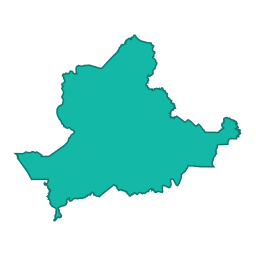 outline of Colimes, Guayas, Ecuador
{"feature_id": "8360857B84939424323345", "entity_name": "Colimes", "entity_type": "district", "adm_level": 2, "iso_a3": "ECU", "parent_name": "Ecuador", "parent_adm1": "Guayas", "projection": "albers", "projection_center": [-80.099, -1.522], "detail": "fine", "context": "isolated", "style": "filled", "palette": "teal", "viewbox_px": 256, "rotation_deg": 0, "n_neighbors": 0, "source": "geoboundaries", "source_scale": "gbopen_adm2", "svg_char_len": 5795}
<svg xmlns="http://www.w3.org/2000/svg" viewBox="0 0 256 256"><path d="M100.7,68.5L89.5,65.2L84.2,65.5L82.0,66.4L78.3,65.5L76.5,67.0L76.1,68.5L76.3,72.7L76.9,73.7L73.8,73.6L73.1,72.9L72.5,71.6L70.7,71.0L69.9,71.7L69.2,73.3L67.7,73.7L65.9,73.1L65.3,74.2L63.4,74.0L62.5,75.2L62.5,75.9L63.6,76.6L63.8,78.4L64.9,81.0L63.7,83.0L62.2,83.6L61.9,84.5L62.1,85.7L63.3,86.2L61.8,88.3L63.6,91.9L63.5,93.4L61.9,96.7L62.0,97.6L63.5,99.5L63.4,100.5L62.4,104.5L59.3,106.1L58.0,107.5L57.1,109.5L57.0,112.6L57.5,115.2L59.5,119.4L60.7,120.4L62.1,124.0L62.8,123.9L63.4,124.7L64.0,126.6L64.8,126.6L65.5,127.4L67.5,128.3L68.9,127.6L69.6,127.7L71.3,129.6L73.1,130.1L74.4,132.2L74.4,132.9L71.3,135.1L70.2,137.2L69.2,137.8L68.4,139.7L68.5,140.8L67.7,142.0L64.6,145.3L49.1,156.4L41.5,156.5L41.8,155.4L41.2,155.5L40.9,154.6L38.0,152.6L36.5,152.0L35.7,152.6L34.5,152.4L32.7,151.6L29.7,152.8L25.7,152.0L24.7,152.9L22.8,153.7L15.4,153.6L17.5,155.4L17.4,155.8L17.8,156.1L17.4,156.3L17.6,157.0L18.1,157.4L17.6,158.1L27.4,171.7L31.6,179.4L48.2,179.4L48.2,181.5L47.3,183.4L46.8,183.8L46.0,183.8L44.7,182.7L44.2,183.8L44.8,184.9L47.0,185.3L47.9,186.4L47.8,187.9L48.8,188.5L48.8,189.3L49.8,189.3L50.0,189.7L49.7,190.1L50.5,190.5L50.2,191.6L49.4,191.5L49.4,192.9L48.8,193.2L49.2,193.4L49.1,193.9L48.7,193.9L49.1,195.1L48.4,196.1L48.1,196.0L47.7,196.6L47.5,196.2L47.3,196.5L47.9,196.8L48.7,198.1L48.4,199.2L49.2,199.1L49.6,199.8L50.5,202.3L50.1,202.6L50.1,203.7L50.5,203.8L50.8,204.8L51.7,205.2L51.9,206.2L55.7,208.1L56.4,209.9L56.0,211.5L56.3,212.2L56.0,213.5L55.6,215.1L55.0,215.6L55.3,218.3L53.9,220.2L54.4,220.8L55.6,220.1L57.1,217.7L58.6,217.1L59.3,217.8L61.3,216.7L61.4,215.4L59.0,211.9L59.1,210.0L58.4,209.0L58.3,207.7L61.4,206.2L64.7,205.4L65.8,204.7L66.9,202.5L66.8,200.0L68.0,198.7L69.5,198.0L69.1,200.0L69.5,200.7L70.6,201.1L71.9,200.4L73.1,199.2L74.9,198.3L77.5,198.8L79.1,198.3L82.5,198.4L83.2,197.4L84.7,197.8L86.6,196.1L87.4,196.0L88.0,195.0L89.6,194.7L90.1,195.1L90.8,194.2L90.4,193.7L91.5,193.3L91.8,192.4L92.3,192.6L92.6,192.3L93.8,193.3L93.7,194.9L94.9,195.0L96.1,195.9L98.4,196.2L99.5,196.7L100.3,195.6L114.1,184.6L115.2,185.8L116.6,185.9L117.0,188.2L118.7,190.4L120.8,189.6L121.9,190.4L122.6,190.5L122.8,190.2L124.0,191.0L125.1,191.2L125.3,191.6L125.8,191.3L126.5,192.1L126.9,192.1L127.3,193.6L129.1,194.9L129.3,195.8L130.4,196.0L130.9,195.2L131.9,195.0L131.9,194.1L133.4,194.1L134.5,192.7L136.8,194.3L137.3,194.0L137.5,194.2L138.4,193.1L140.1,192.4L142.2,193.8L143.3,193.1L144.6,193.5L147.4,191.4L148.5,191.6L149.3,189.6L151.2,188.8L152.0,189.8L152.3,189.6L152.0,190.3L153.1,189.7L155.1,192.3L155.7,192.4L156.0,192.0L156.6,192.3L157.0,191.6L157.9,191.3L162.3,192.4L162.7,191.4L162.2,187.7L162.9,185.6L164.5,185.5L168.9,187.7L170.5,186.8L171.1,184.2L170.4,180.1L171.5,178.9L172.5,179.0L173.7,180.0L176.1,184.7L177.2,185.6L177.8,185.4L179.2,183.2L181.4,177.1L181.3,174.1L182.2,173.9L182.6,173.2L184.8,171.7L187.5,167.6L188.1,165.5L190.2,166.0L191.1,165.7L200.1,166.7L213.9,166.8L212.2,164.5L212.4,161.2L213.0,160.5L213.2,158.5L214.1,156.8L215.1,155.8L215.1,155.0L216.5,153.7L216.0,152.5L216.2,151.4L215.8,151.2L216.2,149.4L217.2,147.7L217.2,145.3L218.0,144.7L219.3,144.6L227.8,144.3L227.9,142.1L229.1,139.4L230.2,138.6L236.5,138.8L236.7,136.0L237.4,135.8L237.4,136.6L237.8,136.9L238.7,136.8L238.6,134.8L240.6,133.4L240.2,132.8L238.9,132.8L239.8,131.4L238.6,131.0L239.1,130.6L240.0,130.7L240.2,130.1L238.3,129.3L237.2,129.7L236.5,129.0L234.8,128.9L238.2,127.5L236.7,125.1L235.6,124.3L235.8,124.0L236.9,124.1L237.3,123.6L236.3,122.6L236.2,121.6L235.3,121.6L234.7,120.8L234.2,121.4L233.4,120.2L230.3,119.3L229.7,118.2L228.5,118.5L227.2,117.6L225.6,117.6L223.8,118.9L223.8,120.4L224.2,120.8L223.6,121.9L223.9,122.5L223.5,123.0L222.2,123.4L221.7,125.1L222.5,127.1L223.5,127.5L223.8,128.1L222.6,129.0L221.4,129.1L220.7,130.4L219.6,130.8L218.3,132.7L217.8,132.4L205.2,132.3L204.7,132.0L204.1,130.3L203.2,129.8L200.7,126.3L198.6,124.2L196.4,125.9L195.5,126.1L190.2,121.0L188.5,119.9L187.7,120.0L185.8,121.9L184.5,122.0L176.8,116.2L174.8,117.1L174.2,118.5L173.6,118.1L173.6,117.5L173.1,117.8L171.7,117.1L171.1,117.8L170.1,116.0L170.8,114.8L170.6,113.4L169.7,113.2L170.8,112.5L170.5,111.3L171.6,110.9L171.7,110.1L172.4,110.1L172.5,109.6L173.1,109.8L173.0,109.2L173.6,109.2L173.7,108.5L175.4,108.2L174.9,107.3L174.3,107.0L174.9,105.8L174.1,104.9L174.3,104.5L174.0,104.0L173.3,103.3L172.2,103.8L171.9,103.1L170.9,102.8L171.0,102.3L171.5,102.5L171.6,100.6L170.9,100.7L169.9,99.2L168.9,99.0L168.7,97.9L167.7,97.8L166.9,95.1L167.3,94.8L167.0,94.6L167.2,93.6L165.7,92.8L165.8,92.5L164.9,91.6L165.0,90.9L163.3,90.5L163.2,89.3L162.4,88.9L162.5,88.1L162.1,87.8L160.3,89.5L159.1,89.2L159.2,88.5L158.1,89.0L156.7,88.3L155.7,88.9L154.4,88.8L154.2,89.8L152.6,89.9L152.4,90.4L151.5,89.5L151.7,89.0L150.3,89.3L148.6,88.7L148.9,88.1L148.1,87.4L147.5,87.4L147.4,85.9L146.2,85.6L146.0,85.0L146.4,83.5L147.0,82.9L147.7,82.8L147.4,82.2L147.8,81.9L147.7,80.8L148.6,80.4L148.3,78.5L147.3,77.4L147.2,76.4L148.4,75.2L149.1,76.4L149.9,76.3L150.3,75.4L151.8,75.0L153.2,73.4L152.7,72.3L153.2,70.0L155.0,68.5L155.7,65.5L156.5,64.6L156.9,63.2L155.7,61.4L155.6,60.3L153.8,58.4L153.2,58.3L152.8,57.2L153.0,56.7L153.8,56.3L153.9,53.7L154.8,53.0L154.7,51.8L153.2,51.4L152.4,49.4L152.5,48.5L153.6,46.7L153.6,45.8L151.7,44.8L151.1,43.0L147.8,42.8L140.4,40.8L136.4,37.7L135.8,36.2L134.9,35.2L133.9,35.4L133.2,37.2L131.8,37.3L131.1,37.9L131.5,39.1L131.2,39.6L130.8,39.7L130.0,38.4L129.1,38.7L128.7,38.5L126.9,40.1L126.3,40.2L126.1,41.3L125.6,41.3L125.0,42.4L125.0,43.1L125.4,43.3L124.8,44.0L122.7,44.9L122.1,44.5L121.5,45.4L121.0,45.4L121.0,46.0L119.7,47.8L119.4,47.7L118.7,49.9L118.1,50.3L118.4,51.1L117.9,51.7L117.3,51.7L117.2,52.7L115.6,53.6L115.3,54.4L114.5,54.7L109.1,60.3L101.9,68.2L100.7,68.5Z" fill="#14b8a6" stroke="#0f766e" stroke-width="1.5"/></svg>